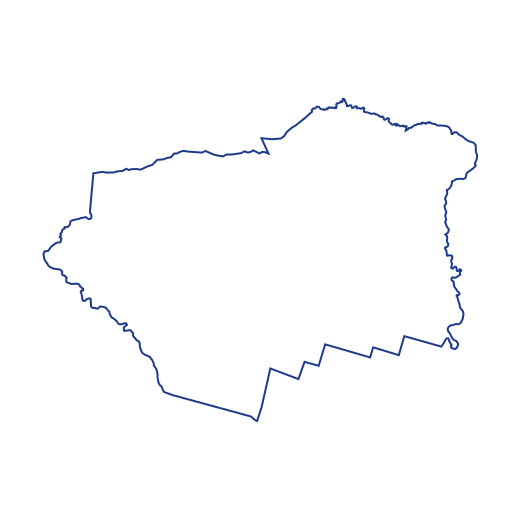 outline of La Cocha, Tucumán, Argentina, rotated 95°
{"feature_id": "61730980B81092064808968", "entity_name": "La Cocha", "entity_type": "district", "adm_level": 2, "iso_a3": "ARG", "parent_name": "Argentina", "parent_adm1": "Tucumán", "projection": "orthographic", "projection_center": [-65.63, -27.811], "detail": "fine", "context": "isolated", "style": "outline", "palette": "blue", "viewbox_px": 512, "rotation_deg": 95, "n_neighbors": 0, "source": "geoboundaries", "source_scale": "gbopen_adm2", "svg_char_len": 5953}
<svg xmlns="http://www.w3.org/2000/svg" viewBox="0 0 512 512"><g transform="rotate(95 256 256)"><path d="M309.2,57.3L308.2,56.1L307.5,53.4L306.4,51.2L306.2,50.4L306.5,48.6L304.9,46.4L304.1,45.8L302.7,45.6L300.8,44.6L295.8,44.2L293.3,45.0L292.0,45.8L290.5,47.6L289.4,48.3L286.0,49.2L282.0,51.0L279.7,51.6L278.2,52.8L277.2,52.2L277.3,51.0L276.9,50.4L275.8,49.9L274.4,51.0L273.1,52.7L271.4,53.8L270.2,55.1L268.3,56.1L266.8,56.3L266.6,56.7L265.5,56.7L264.2,57.1L263.8,57.6L263.4,58.8L262.3,59.2L261.1,59.2L260.2,58.6L260.4,55.9L259.4,53.9L258.4,53.1L257.1,51.2L256.6,51.0L254.8,51.5L254.2,51.4L253.0,50.3L252.3,50.3L251.5,51.4L251.5,52.1L253.3,53.1L253.6,54.0L252.9,54.8L250.6,55.1L249.2,56.1L249.4,57.2L251.2,58.4L251.4,59.3L251.0,60.3L250.4,60.7L249.4,60.3L246.5,60.1L244.9,60.9L243.9,61.1L242.5,60.8L242.1,61.0L241.6,60.3L239.4,60.4L238.9,60.8L238.4,61.7L238.6,64.5L239.0,64.9L238.9,65.7L234.0,66.9L231.7,68.5L230.9,68.2L230.4,66.8L229.5,65.7L227.8,65.4L227.0,65.7L225.3,66.8L223.6,67.3L221.8,67.0L219.6,67.5L218.1,69.2L216.9,67.7L215.5,66.6L212.8,66.2L210.1,68.4L205.9,70.5L203.3,69.7L199.4,71.0L195.3,70.2L193.3,71.4L190.9,72.3L189.5,72.5L187.2,71.2L185.9,71.2L184.2,71.7L182.9,72.6L182.3,72.7L177.6,71.0L176.2,71.0L173.6,71.7L173.0,70.4L172.0,69.4L168.9,67.6L166.3,67.2L164.7,67.3L163.6,65.2L162.5,64.0L161.9,62.9L161.1,58.1L161.4,56.5L160.1,54.1L155.9,53.5L154.6,52.9L149.7,47.2L146.9,45.0L146.4,45.0L145.5,45.9L144.9,46.0L140.4,44.6L137.3,44.4L135.8,44.7L133.2,46.0L126.4,46.8L124.2,49.0L122.9,54.6L121.6,57.0L118.8,61.0L117.6,64.2L115.3,66.9L115.4,69.0L117.5,71.1L117.5,71.5L116.9,71.9L114.3,72.4L111.2,74.7L110.6,75.7L110.0,77.5L109.8,82.2L110.2,86.7L109.1,88.6L108.6,92.8L107.6,94.5L108.4,95.6L107.9,96.1L108.7,98.0L109.4,98.6L108.9,99.1L109.0,99.6L108.6,101.2L108.7,101.6L109.7,102.1L109.2,102.7L110.2,104.4L110.3,106.5L111.3,107.5L111.9,109.3L112.9,110.7L114.7,112.6L115.2,114.8L116.6,115.7L118.0,117.8L113.9,117.2L113.6,117.4L114.1,119.6L113.6,119.6L113.6,120.4L113.2,120.9L114.1,123.2L114.1,123.9L113.5,124.4L113.5,125.0L113.1,125.7L113.4,126.2L112.4,126.5L112.1,127.0L113.7,127.9L113.0,128.4L112.8,129.1L112.2,129.1L112.2,129.3L113.3,130.8L113.2,131.9L110.6,135.3L110.0,135.6L108.0,135.5L107.3,136.0L107.2,137.0L108.6,138.5L109.1,139.9L108.3,140.7L107.1,140.9L106.0,142.2L106.0,142.6L106.5,143.0L106.6,143.6L106.3,144.5L104.6,147.6L104.6,148.7L103.7,150.5L104.3,153.4L103.2,157.8L103.2,159.5L102.8,161.1L101.2,161.3L99.9,160.9L99.2,161.2L98.8,161.8L99.0,162.5L99.9,163.6L100.2,164.6L99.7,166.1L100.1,168.0L99.7,168.5L98.6,168.5L98.1,169.3L98.6,170.6L99.6,171.6L100.2,173.1L97.7,174.3L97.8,175.8L98.6,177.1L98.4,177.6L98.7,178.4L97.8,178.5L96.4,179.4L95.5,179.7L94.1,180.8L93.5,180.7L92.9,181.1L92.1,181.8L91.7,182.7L91.9,183.2L94.1,183.1L95.0,183.5L95.3,184.4L94.7,184.9L95.8,185.7L96.8,187.6L97.0,188.9L98.3,189.2L99.0,188.8L101.7,189.0L101.8,189.4L101.0,190.0L101.7,190.9L101.5,191.2L101.8,191.7L101.7,193.1L101.4,193.5L101.6,194.5L101.9,194.7L101.6,195.4L101.7,196.4L102.6,196.7L102.7,198.1L103.8,198.2L103.9,199.6L104.5,200.7L103.9,201.2L104.2,202.5L103.9,204.3L103.4,205.1L101.9,206.3L101.9,208.4L103.8,209.8L104.0,211.8L105.8,213.2L107.3,212.7L113.6,218.6L122.9,228.3L124.8,231.2L129.6,236.0L134.0,238.3L136.8,241.4L138.3,250.4L138.2,260.8L152.9,252.5L151.7,256.5L151.8,259.0L153.6,261.3L151.0,267.9L153.1,271.0L153.6,273.8L152.7,276.5L154.9,279.9L157.2,290.1L157.4,294.1L159.6,297.4L159.3,302.4L158.6,307.1L155.8,315.5L157.7,318.9L157.9,333.3L157.6,337.7L159.0,341.1L160.6,343.2L161.2,346.7L165.0,349.2L166.0,352.9L167.9,357.0L168.8,362.7L174.3,367.3L176.0,371.5L180.0,378.4L179.8,383.0L180.4,387.9L181.5,390.2L180.4,392.7L183.0,396.7L183.8,401.6L185.2,405.0L185.9,411.8L185.6,416.5L187.8,425.2L226.2,425.3L227.5,425.1L229.2,423.7L230.7,423.3L232.9,423.6L233.7,425.0L233.8,425.7L233.2,427.3L232.2,428.5L232.3,429.7L233.7,434.3L234.5,435.8L236.3,441.8L237.7,443.9L240.3,444.0L242.4,445.0L243.6,446.5L243.8,448.7L244.3,449.4L245.4,449.0L245.8,450.0L246.9,451.2L250.1,451.8L250.9,452.9L252.4,452.5L252.7,452.1L254.0,453.1L254.5,453.1L254.7,452.3L255.4,451.4L259.1,451.9L259.5,452.2L260.0,455.2L261.1,457.1L264.4,460.7L268.9,463.5L269.7,465.5L269.7,466.8L270.7,467.5L273.1,467.8L277.5,466.6L279.8,465.1L282.0,463.0L283.0,462.6L283.8,461.8L285.1,460.0L285.7,457.7L286.3,456.8L286.5,450.4L287.3,448.8L288.5,447.7L290.6,447.7L291.9,447.0L292.4,444.5L293.4,443.9L293.9,442.8L297.0,443.0L298.6,442.3L300.0,437.2L299.1,431.8L299.6,431.0L299.7,429.6L301.9,428.4L302.2,427.5L303.8,425.8L303.8,425.3L304.9,425.1L305.4,425.3L306.0,427.0L306.4,427.5L306.9,427.5L309.6,426.3L315.1,424.9L315.6,424.4L315.6,422.4L314.0,421.2L313.4,420.2L312.7,418.1L312.8,417.4L314.2,416.6L315.9,416.8L317.3,416.3L320.0,416.1L320.7,415.9L322.0,414.2L321.7,412.3L322.2,410.7L322.3,409.2L319.9,406.8L320.0,403.2L320.8,400.8L322.9,399.0L324.2,397.3L326.9,396.5L329.6,394.6L330.9,392.1L332.6,389.6L333.4,388.8L335.0,387.8L335.5,387.1L335.9,385.7L335.5,383.1L334.7,381.9L334.4,380.4L334.3,379.8L334.7,379.1L335.9,378.6L337.4,380.4L339.0,381.4L341.6,381.1L342.1,380.6L340.9,375.7L341.0,374.4L341.3,373.9L342.0,373.5L343.3,372.0L343.8,371.7L345.3,371.8L347.0,370.9L348.6,369.0L350.2,367.8L351.2,365.5L352.4,364.5L357.5,363.5L358.1,363.0L360.2,362.3L362.5,360.7L363.8,358.6L365.9,352.7L367.8,351.4L368.3,350.6L372.0,348.4L373.1,348.4L374.1,348.1L377.7,345.2L382.3,343.8L386.1,343.4L390.8,342.0L393.2,340.3L394.0,338.9L398.2,336.7L399.5,335.7L401.8,327.3L416.3,247.2L419.6,242.5L420.3,240.5L406.4,237.3L366.8,231.9L374.9,203.0L357.2,198.4L359.9,184.0L338.0,179.4L347.1,133.5L336.8,131.3L342.3,105.1L322.9,101.3L330.1,63.5L326.5,61.4L322.3,59.7L321.4,58.7L321.2,57.4L321.7,56.9L323.8,56.2L324.1,55.7L325.2,55.4L326.9,54.1L327.0,53.6L327.9,53.5L329.0,54.0L330.2,53.6L330.8,52.7L331.3,49.6L331.0,48.9L330.1,48.2L327.7,47.1L325.9,47.0L323.5,48.7L322.5,51.2L320.8,53.3L316.0,56.3L314.2,58.0L311.9,58.7L310.4,58.2L309.2,57.3Z" fill="none" stroke="#1e3a8a" stroke-width="2"/></g></svg>